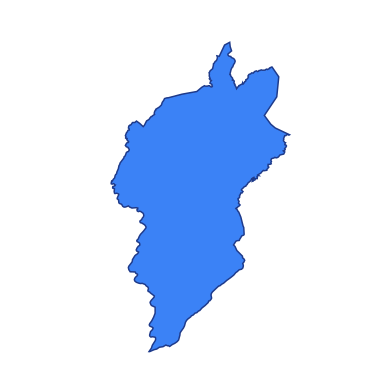 outline of Namarroi, Zambezia, Mozambique, rotated 43°
{"feature_id": "85939544B64189871111735", "entity_name": "Namarroi", "entity_type": "district", "adm_level": 2, "iso_a3": "MOZ", "parent_name": "Mozambique", "parent_adm1": "Zambezia", "projection": "equal_earth", "projection_center": [36.824, -15.87], "detail": "fine", "context": "isolated", "style": "filled", "palette": "blue", "viewbox_px": 384, "rotation_deg": 43, "n_neighbors": 0, "source": "geoboundaries", "source_scale": "gbopen_adm2", "svg_char_len": 6044}
<svg xmlns="http://www.w3.org/2000/svg" viewBox="0 0 384 384"><g transform="rotate(43 192 192)"><path d="M117.5,56.8L115.6,62.3L119.4,74.2L117.4,75.4L118.9,76.3L119.9,78.1L120.2,79.5L119.9,80.8L120.3,82.3L120.3,83.8L121.0,84.4L123.0,87.8L122.6,91.0L123.0,92.0L123.1,93.1L124.2,93.8L125.5,95.4L127.9,96.7L127.6,97.4L128.9,97.6L130.1,97.2L130.4,99.3L131.0,100.2L133.1,99.7L134.1,100.6L134.7,100.7L134.9,101.3L134.5,102.0L133.9,102.3L132.4,102.3L131.6,103.0L131.0,104.2L129.4,105.6L128.6,105.8L127.7,108.9L127.0,115.2L118.1,127.1L110.3,139.4L109.4,140.3L108.2,142.4L108.8,144.3L109.1,146.7L110.3,149.2L110.2,152.0L109.1,156.2L109.6,156.7L109.4,157.4L110.1,159.3L110.9,160.4L111.7,160.8L111.1,163.3L111.2,164.0L110.7,164.7L110.8,167.1L111.1,168.1L110.3,171.0L111.7,175.8L111.7,177.5L106.9,177.5L103.0,178.0L102.8,180.1L101.1,181.8L101.5,184.3L101.4,184.9L101.0,185.2L100.8,186.9L101.9,188.6L102.9,188.6L103.8,189.4L103.2,190.2L103.2,190.9L103.6,191.9L103.7,193.4L104.9,196.3L106.1,196.7L106.6,197.8L107.3,197.8L108.1,197.2L108.7,198.2L111.2,198.4L111.5,198.6L111.6,199.3L111.0,199.9L110.9,201.0L111.5,203.4L113.2,203.7L114.4,203.1L115.5,203.1L115.8,203.5L117.0,203.6L117.6,204.4L117.8,205.9L117.3,206.6L117.1,207.9L118.5,211.2L118.3,212.5L119.0,213.7L119.6,219.7L120.4,221.4L120.6,222.5L122.3,225.3L123.4,228.5L124.4,230.2L124.3,231.4L124.6,232.4L125.8,234.5L125.8,236.5L126.1,237.8L125.8,238.3L126.2,238.4L126.0,239.3L126.6,239.9L126.7,240.6L127.5,241.1L128.3,240.6L128.9,239.4L129.8,239.2L130.9,239.6L131.2,239.3L131.4,239.9L131.0,240.4L130.9,241.6L130.4,242.0L131.1,243.1L131.7,243.2L132.6,242.6L133.1,242.5L134.7,244.7L136.1,245.7L136.7,245.7L137.8,244.2L139.7,243.5L140.3,244.0L141.2,246.9L141.9,248.0L143.5,247.8L145.8,249.7L146.6,249.9L148.9,249.0L151.1,249.7L152.6,249.4L153.7,248.2L155.0,245.5L156.7,245.5L159.0,244.7L161.9,241.5L163.3,240.7L164.0,241.6L163.7,242.2L163.9,242.6L164.9,243.2L166.0,243.0L166.4,242.6L166.6,241.9L167.9,241.2L170.6,240.9L171.4,241.1L172.8,242.1L173.4,243.3L173.5,245.1L174.0,246.5L173.7,248.6L174.2,249.3L175.2,249.6L176.5,248.9L179.8,248.3L181.7,248.7L182.3,249.0L182.8,249.7L183.2,253.7L183.2,258.1L183.7,260.4L184.7,263.1L184.6,265.0L185.5,265.7L188.1,265.1L189.4,265.7L190.1,266.7L189.7,268.4L190.0,270.5L190.7,272.4L191.8,272.9L193.8,272.3L194.1,272.8L194.3,274.3L193.8,276.3L193.7,277.7L194.6,282.1L195.4,283.1L195.9,284.2L196.4,289.4L197.0,290.7L198.8,291.9L201.2,292.5L204.9,289.3L206.5,289.8L208.1,289.3L208.7,289.7L209.0,290.6L208.8,292.8L209.0,294.2L209.7,295.5L210.8,296.1L212.8,296.0L215.2,295.0L216.6,294.2L218.0,292.7L220.8,291.6L222.7,291.9L224.2,291.6L225.4,291.9L226.2,292.6L226.8,294.0L227.8,294.6L229.2,294.0L230.3,294.2L235.3,293.7L236.0,294.8L236.1,299.0L236.4,300.8L236.8,301.5L238.9,302.5L239.9,302.6L243.6,301.4L247.7,305.8L249.3,309.7L250.4,313.6L250.8,316.9L251.3,318.2L252.0,318.7L252.9,318.8L255.0,318.0L256.3,318.0L256.9,319.4L256.9,322.4L258.6,325.6L259.6,326.2L260.9,326.1L261.8,324.8L264.0,323.4L264.8,323.5L266.0,324.7L266.5,325.8L267.5,331.1L268.8,333.9L269.4,338.0L269.9,337.6L271.8,333.2L273.3,330.9L274.0,327.8L276.3,324.9L277.3,321.7L278.9,321.2L279.5,320.5L281.0,320.2L281.6,317.0L282.6,314.4L283.2,311.5L283.1,309.3L280.8,305.0L279.5,303.3L279.1,301.8L278.5,297.3L277.8,295.0L276.1,291.8L275.6,289.7L275.6,287.7L276.2,284.2L276.0,283.0L276.8,281.0L276.8,278.6L277.8,277.0L277.9,274.6L278.5,273.4L278.4,269.9L279.0,266.0L279.2,261.8L278.6,260.4L279.2,259.3L279.1,257.5L278.7,256.2L276.2,254.4L275.4,253.1L275.1,251.2L275.4,245.8L275.6,243.0L275.8,242.2L276.3,241.7L276.7,238.9L277.3,237.1L277.7,232.9L278.6,228.5L279.2,224.3L279.0,221.0L279.4,219.3L279.5,217.3L279.6,216.6L280.9,214.7L281.0,212.9L280.1,211.3L279.4,210.5L277.8,209.7L277.8,208.1L277.1,206.0L275.5,205.5L273.8,205.6L272.6,204.5L264.7,204.2L260.6,202.5L258.5,202.4L257.7,198.1L258.1,197.0L259.6,195.2L259.0,193.6L258.8,192.1L258.3,190.3L259.2,188.2L259.0,187.4L254.1,182.7L252.3,181.9L244.9,177.1L239.9,174.8L239.0,174.8L236.6,174.0L235.4,174.2L235.3,173.3L235.7,172.8L235.7,171.2L236.0,170.3L236.0,168.7L233.6,168.5L232.8,166.7L231.0,166.3L230.4,165.1L230.2,165.1L230.5,164.1L230.4,163.3L229.0,162.0L229.2,161.3L228.4,159.6L228.4,159.3L229.2,158.7L229.0,156.9L227.0,156.9L226.7,156.8L226.5,156.2L226.7,153.2L226.6,152.5L227.4,151.0L227.1,150.2L227.2,148.8L226.8,147.4L227.3,143.4L226.6,141.7L227.1,139.4L227.4,139.0L228.0,139.6L227.8,141.1L228.0,141.6L228.7,142.2L228.9,142.9L229.3,142.2L229.2,141.6L229.8,140.0L229.2,139.1L230.6,137.7L229.5,136.7L229.8,135.8L229.3,136.3L228.9,136.1L229.1,134.9L229.7,134.4L228.5,134.5L229.5,131.0L229.3,129.9L229.4,127.6L230.1,127.4L231.9,125.1L231.4,124.6L231.2,121.4L230.3,121.5L229.6,121.0L229.4,120.2L228.9,119.9L230.2,118.5L230.7,117.3L229.6,116.7L229.3,115.5L228.1,115.1L227.4,113.4L228.8,111.1L229.0,110.1L230.0,109.8L230.7,109.1L231.3,107.5L231.1,104.9L233.2,101.7L232.5,99.4L231.6,99.2L231.2,99.7L230.7,99.7L231.3,98.0L231.1,97.3L230.1,97.0L230.2,95.6L229.7,93.9L228.5,93.6L227.6,94.1L226.9,93.0L226.8,92.2L226.1,92.5L224.1,92.2L223.5,91.7L223.2,90.8L222.6,90.5L221.4,87.6L222.2,86.8L222.2,85.7L223.0,84.5L224.1,84.3L224.3,83.6L209.3,88.4L203.4,88.7L192.7,86.7L189.1,64.6L176.9,48.6L165.3,46.0L164.8,46.6L164.5,48.0L164.1,48.4L164.4,49.0L163.7,50.9L162.9,51.1L162.4,52.1L162.4,52.7L161.9,53.5L160.2,55.1L159.3,55.5L158.9,56.7L158.2,57.4L158.2,58.5L157.8,59.2L156.5,59.5L155.6,61.3L155.7,63.2L154.4,64.2L154.3,65.7L153.6,66.8L153.5,67.7L153.7,68.0L153.7,68.7L154.4,69.4L154.8,69.4L155.3,71.0L155.2,72.4L154.8,73.1L155.6,74.1L155.6,75.0L155.3,75.3L155.8,77.7L155.7,78.2L154.6,77.7L155.1,78.5L154.1,81.3L154.1,82.0L153.7,82.3L154.0,83.0L153.9,83.6L154.2,86.1L152.0,84.9L150.8,84.8L150.0,83.9L149.5,84.1L148.1,83.4L147.3,82.1L145.8,81.9L145.7,82.4L145.2,82.6L144.9,81.8L144.0,81.1L141.4,80.8L140.2,80.0L139.6,80.3L137.0,75.7L136.3,73.4L136.5,72.8L135.5,70.5L135.2,68.6L134.3,66.8L132.7,66.1L131.4,66.0L129.0,66.8L128.0,66.4L126.4,67.4L124.9,67.3L124.3,66.8L124.2,66.2L124.7,61.8L120.7,59.6L117.5,56.8Z" fill="#3b82f6" stroke="#1e3a8a" stroke-width="1.5"/></g></svg>